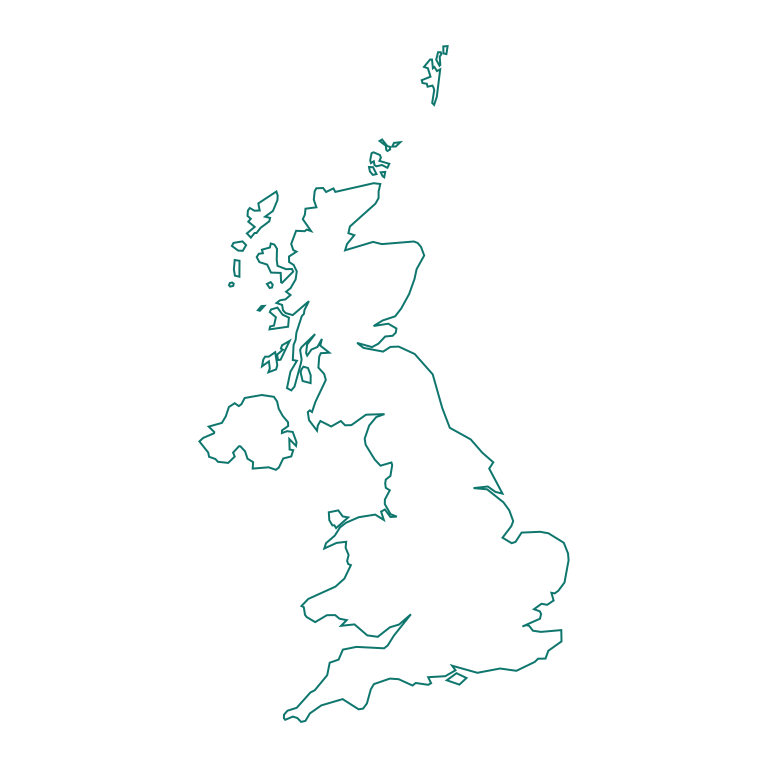 United Kingdom, orthographic projection
{"feature_id": "GBR", "entity_name": "United Kingdom", "entity_type": "country or territory", "adm_level": 0, "iso_a3": "GBR", "parent_name": "Europe", "parent_adm1": "", "projection": "orthographic", "projection_center": [-4.115, 55.427], "detail": "fine", "context": "isolated", "style": "outline", "palette": "teal", "viewbox_px": 768, "rotation_deg": 0, "n_neighbors": 0, "source": "natural_earth", "source_scale": "50m", "svg_char_len": 6118}
<svg xmlns="http://www.w3.org/2000/svg" viewBox="0 0 768 768"><path d="M410.9,614.3L399.1,624.5L389.9,627.3L377.8,636.8L367.3,635.4L354.5,624.4L341.1,625.8L346.7,620.1L339.5,618.7L335.2,615.1L326.9,615.2L315.2,622.1L306.6,617.0L305.0,614.8L303.8,607.2L301.5,606.0L308.3,598.9L335.5,586.6L344.4,578.6L350.9,565.1L348.3,564.1L347.1,561.0L348.6,555.0L345.6,547.7L346.2,541.8L336.6,542.9L324.3,548.5L326.0,543.2L334.8,535.6L340.0,527.4L345.9,522.8L358.8,517.2L375.2,514.6L383.8,519.9L381.1,511.6L384.9,509.5L390.4,517.0L396.8,516.6L390.6,514.2L384.8,504.1L384.9,499.5L389.8,490.3L385.8,487.8L385.2,483.4L385.8,479.5L390.4,476.0L392.2,465.1L391.4,462.5L380.5,465.7L374.7,459.5L365.6,444.7L364.7,438.6L369.2,425.5L376.2,417.1L384.5,414.1L366.0,414.7L351.4,425.1L345.1,425.3L340.8,421.0L331.2,426.5L320.4,421.0L317.8,425.5L317.0,430.7L309.0,420.1L307.8,412.1L309.8,410.4L312.0,412.0L315.4,401.9L325.8,380.0L324.2,374.0L318.4,367.6L319.2,356.7L320.8,353.2L329.3,352.7L320.3,345.6L321.9,338.9L317.4,347.0L311.5,349.5L307.2,355.6L306.1,353.0L307.1,344.5L315.1,334.1L301.4,347.3L300.1,350.0L301.6,359.3L301.0,362.9L294.5,386.6L291.3,390.4L287.0,388.1L290.4,371.8L296.9,360.8L292.8,360.0L293.6,344.9L295.6,340.0L296.4,332.7L301.7,316.3L303.9,313.8L304.5,309.9L308.9,301.2L292.7,315.1L285.5,313.0L283.0,310.2L282.1,304.9L276.5,303.0L280.0,300.3L285.4,299.4L290.5,295.0L286.1,291.7L290.5,288.2L295.6,279.5L296.8,271.4L293.7,265.0L289.1,262.0L289.0,256.5L296.5,251.7L293.3,250.1L291.2,244.0L296.1,230.8L304.7,231.2L306.7,229.6L311.1,231.1L302.8,219.2L304.9,214.6L305.5,208.7L316.4,207.3L313.8,199.7L314.7,191.2L316.3,188.3L323.1,188.0L326.1,192.0L333.4,188.4L335.3,191.9L373.6,183.2L380.3,184.0L378.6,191.5L378.6,198.1L375.4,203.7L349.9,226.5L348.4,233.2L354.3,235.2L347.0,244.1L345.1,250.3L373.1,241.9L381.8,244.1L413.9,241.5L417.7,243.0L421.0,246.9L424.2,255.5L416.6,269.2L414.5,279.0L409.1,294.1L401.2,308.5L395.2,316.3L382.6,320.5L373.6,326.0L388.3,323.7L396.4,328.5L395.8,332.6L392.6,335.8L385.2,336.5L378.4,343.7L372.0,347.1L357.1,342.9L363.5,347.9L383.1,351.6L390.4,346.9L398.7,346.6L414.7,354.0L432.7,374.3L442.2,407.9L449.8,427.8L470.7,439.4L482.4,452.8L493.3,462.3L489.2,468.6L502.5,493.6L495.4,491.9L487.8,486.5L473.5,488.1L487.1,489.3L503.5,502.4L509.3,510.4L513.2,521.1L511.3,526.2L502.5,537.7L511.7,543.2L515.5,541.9L521.6,532.6L540.2,531.8L548.5,533.3L563.8,542.8L568.0,553.4L568.6,560.2L564.5,582.5L558.3,590.8L554.7,593.4L551.4,592.8L553.6,600.5L547.2,604.8L541.5,603.8L534.0,609.2L539.8,611.3L541.1,613.9L540.0,618.7L522.4,626.5L526.4,625.1L529.2,625.9L532.9,630.7L540.9,631.9L561.3,630.1L561.5,641.4L548.3,650.8L545.5,658.6L538.1,658.7L534.8,661.9L516.4,670.8L500.1,668.5L477.4,672.8L452.1,665.7L455.5,670.3L445.2,676.2L428.2,677.2L431.1,683.2L428.2,684.8L415.7,683.0L412.5,685.5L398.7,679.2L389.9,678.6L373.9,684.1L370.8,689.4L366.9,703.5L363.1,708.6L358.6,709.3L342.6,699.1L321.3,705.4L309.9,713.4L305.4,720.9L301.1,721.9L297.3,718.0L292.8,716.6L285.2,719.8L283.9,718.1L284.0,714.7L287.5,710.7L296.7,707.8L310.4,692.5L314.8,690.2L327.2,675.2L329.7,662.7L338.6,659.6L342.9,649.6L356.4,646.9L384.1,648.3L387.7,645.5L393.9,635.6L410.9,614.3ZM268.6,467.3L252.7,468.6L253.1,462.1L247.5,458.7L245.1,451.4L240.5,446.4L239.0,446.2L233.1,452.6L234.7,456.6L228.2,462.9L217.9,461.8L215.4,459.0L209.1,456.8L208.2,452.5L199.4,441.4L203.2,437.9L214.0,433.3L214.3,432.1L208.7,426.6L221.9,422.9L225.8,416.3L228.9,407.0L234.7,403.2L238.8,406.1L241.4,404.2L244.7,398.0L261.6,395.0L273.9,396.8L277.1,401.5L278.7,408.7L282.7,415.9L288.0,422.2L288.2,426.0L282.0,430.4L281.9,433.1L287.0,431.2L292.7,431.9L296.5,442.2L296.0,445.9L289.3,439.0L289.6,449.5L293.2,450.2L291.3,456.4L283.2,458.5L278.9,467.5L275.9,469.8L268.6,467.3ZM277.4,200.2L272.9,211.0L265.1,216.7L270.1,217.9L269.3,221.3L260.5,227.9L256.5,233.0L254.6,233.0L250.9,237.6L246.9,233.4L254.7,226.9L248.3,221.7L250.8,218.8L247.5,215.9L247.9,210.5L249.8,208.0L254.4,210.7L259.7,210.5L258.3,203.4L276.4,191.5L277.7,195.7L277.4,200.2ZM277.0,248.8L276.7,259.8L277.5,265.8L286.1,269.2L292.0,269.0L293.2,271.6L282.1,282.8L281.1,282.3L280.7,272.9L271.0,272.6L267.2,264.6L259.4,262.1L256.7,257.1L258.8,253.8L262.9,253.2L261.9,249.7L269.9,247.5L270.8,243.5L274.4,244.6L277.0,248.8ZM432.0,59.5L432.9,68.2L434.4,67.0L437.0,71.1L440.2,69.3L436.8,96.8L434.1,104.9L432.2,102.9L434.2,90.2L433.6,87.8L432.5,85.6L427.6,86.7L426.9,83.8L422.5,83.0L421.7,80.2L430.5,76.7L427.9,68.3L424.0,66.9L430.1,59.5L432.0,59.5ZM288.1,326.7L269.5,329.4L270.1,326.5L274.0,325.5L275.9,317.2L269.8,312.1L271.0,309.5L277.4,307.6L282.6,314.7L288.9,317.6L288.1,326.7ZM342.7,516.4L348.2,517.4L336.1,528.1L334.4,525.3L332.4,525.4L329.3,520.2L328.8,512.3L338.3,510.4L342.7,516.4ZM275.2,352.2L277.3,365.3L276.1,369.4L268.4,372.3L269.8,368.4L268.9,361.4L262.0,366.4L263.3,359.5L265.1,356.7L268.7,356.7L275.2,352.2ZM380.9,157.6L379.4,160.9L389.3,163.8L387.4,167.8L381.9,165.0L376.4,166.3L374.5,165.1L373.8,161.3L371.0,163.1L370.2,160.2L371.6,153.2L373.5,152.3L379.9,155.0L380.9,157.6ZM310.6,383.1L302.6,381.0L300.6,372.4L301.5,369.4L303.4,366.7L308.0,368.0L310.7,375.3L310.6,383.1ZM466.5,678.0L459.4,684.6L446.8,680.3L456.5,673.2L466.5,678.0ZM280.6,359.7L278.0,360.1L277.1,354.6L282.9,349.7L280.9,348.6L282.0,345.3L289.6,340.9L280.6,359.7ZM242.5,241.4L246.1,245.1L242.8,250.8L238.2,250.6L231.9,246.0L233.5,242.9L242.5,241.4ZM239.4,276.8L234.9,275.6L233.9,269.4L234.7,260.0L239.5,260.8L239.4,276.8ZM440.3,65.0L439.5,65.8L436.2,59.6L438.1,52.2L440.8,52.3L441.3,54.2L439.7,56.7L440.3,65.0ZM390.1,149.4L387.4,151.0L386.2,149.7L385.8,145.7L379.6,141.0L382.1,139.5L387.3,146.1L390.0,146.9L390.1,149.4ZM376.5,174.1L372.8,174.9L369.9,171.4L369.0,167.0L373.0,167.2L376.5,174.1ZM447.6,46.1L446.4,54.1L443.4,53.4L443.3,46.4L447.6,46.1ZM395.8,146.5L392.2,146.6L394.0,142.9L400.3,142.2L395.8,146.5ZM272.0,287.5L269.7,288.0L266.9,284.0L270.7,282.1L272.7,284.7L272.0,287.5ZM384.2,177.3L382.7,176.3L380.7,172.3L385.2,171.9L384.2,177.3ZM259.9,310.8L257.9,310.2L261.4,306.1L264.4,305.9L259.9,310.8ZM233.2,285.9L230.2,286.6L229.0,285.3L229.8,283.1L232.1,282.5L233.7,283.7L233.2,285.9Z" fill="none" stroke="#0f766e" stroke-width="2"/></svg>